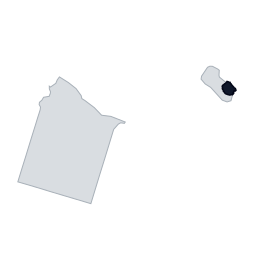 Malabo, Bioko Norte, Equatorial Guinea (highlighted), rotated 107°
{"feature_id": "11065452B197102371645", "entity_name": "Malabo", "entity_type": "district", "adm_level": 2, "iso_a3": "GNQ", "parent_name": "Equatorial Guinea", "parent_adm1": "Bioko Norte", "projection": "robinson", "projection_center": [8.719, 3.675], "detail": "fine", "context": "in_parent", "style": "filled", "palette": "ink", "viewbox_px": 256, "rotation_deg": 107, "n_neighbors": 0, "source": "geoboundaries", "source_scale": "gbopen_adm2", "svg_char_len": 2647}
<svg xmlns="http://www.w3.org/2000/svg" viewBox="0 0 256 256"><g transform="rotate(107 128 128)"><path d="M211.2,141.4L211.3,156.5L211.4,169.3L211.5,183.1L211.5,197.5L211.6,209.7L211.7,217.6L199.8,217.6L184.2,217.5L168.5,217.5L152.8,217.4L145.0,217.4L136.3,217.3L133.5,217.8L131.6,219.8L129.3,220.2L126.6,218.5L123.3,217.7L122.4,215.9L120.8,212.7L117.6,212.4L116.0,212.7L113.7,214.6L111.0,215.5L111.5,214.1L106.4,210.1L102.6,209.7L99.2,208.5L102.0,198.2L105.5,189.2L110.7,182.3L113.4,180.7L114.3,177.3L118.4,166.1L123.5,157.0L121.9,147.8L123.1,132.4L124.6,132.8L124.8,134.3L125.2,136.5L127.1,138.4L133.5,141.3L152.3,141.3L163.6,141.3L180.2,141.4L197.8,141.4L211.2,141.4ZM61.7,37.5L63.1,37.7L71.8,37.5L74.1,40.9L73.8,46.0L65.0,60.8L63.3,67.1L59.9,72.4L56.9,72.8L46.7,69.7L45.0,67.8L44.3,65.3L45.4,59.4L46.1,57.6L51.0,56.4L52.6,55.5L55.2,49.1L56.1,43.3L58.3,38.9L61.7,37.5Z" fill="#d9dde1" stroke="#a8b0b8" stroke-width="1"/><path d="M65.8,38.1L65.6,38.0L65.6,37.9L65.4,37.7L65.2,37.6L64.9,37.6L64.7,37.7L64.7,37.8L64.7,37.7L64.5,37.3L64.4,37.3L64.5,37.4L64.5,37.6L64.4,37.8L64.2,37.8L64.1,37.7L64.1,37.8L63.8,37.9L63.6,37.7L63.4,37.8L63.0,37.7L62.8,37.6L62.6,37.6L62.2,37.6L61.7,37.6L61.2,37.4L61.1,37.2L61.1,36.9L61.2,36.7L61.3,36.5L61.4,36.4L61.2,36.2L60.9,36.1L60.7,35.9L60.4,35.8L60.3,36.0L59.8,36.1L59.5,36.4L59.4,36.5L59.2,36.6L58.9,36.8L58.9,37.0L58.7,37.2L58.6,38.0L58.5,38.4L58.4,38.5L58.2,38.6L58.0,39.0L57.9,39.0L57.8,39.4L57.7,39.5L57.5,39.8L57.4,39.8L57.3,40.2L57.2,40.3L57.1,40.5L56.9,40.7L56.9,40.9L56.8,41.0L56.7,41.1L56.6,41.3L56.4,41.4L56.4,41.6L56.2,41.9L56.0,42.0L55.7,42.2L55.7,42.3L55.6,42.5L55.4,42.8L55.3,43.0L55.2,43.3L54.9,43.5L54.7,43.6L54.8,43.7L54.7,43.8L54.7,44.1L54.7,44.3L54.6,44.5L54.6,44.8L54.6,45.0L54.5,45.4L54.5,45.6L54.5,45.8L54.5,46.0L54.6,46.4L54.6,46.5L54.5,46.9L54.8,47.0L55.1,47.0L55.6,47.1L55.8,47.3L56.0,47.5L56.4,47.7L56.7,47.8L56.9,47.9L57.1,48.2L57.4,48.4L57.6,48.7L57.9,48.8L58.2,48.9L58.5,48.9L58.6,49.1L58.8,49.4L59.0,49.5L59.3,49.8L59.6,49.8L59.7,50.0L60.1,50.1L60.5,50.0L60.9,50.0L61.1,49.7L61.6,49.5L61.9,49.5L62.1,49.4L62.4,49.3L62.6,49.3L62.8,49.3L62.9,49.2L62.9,48.9L63.0,48.9L63.3,48.9L63.5,48.7L63.7,48.3L63.9,47.9L64.0,47.7L64.3,47.6L64.6,47.7L64.8,47.7L65.0,47.5L65.1,47.3L65.1,47.1L65.1,46.9L65.2,46.6L65.4,46.5L65.6,46.4L65.8,46.3L65.9,46.2L66.0,46.0L66.1,45.8L66.2,45.7L66.4,45.4L66.5,45.2L66.7,44.8L66.7,44.4L66.8,44.0L66.8,43.5L66.7,43.3L66.8,42.9L66.8,42.7L66.9,42.2L66.8,41.9L66.8,41.6L66.8,41.3L66.8,40.9L66.8,40.6L66.7,40.3L66.6,40.0L66.4,39.7L66.0,39.2L65.9,39.0L65.9,38.8L65.8,38.6L65.8,38.4L65.8,38.2L65.8,38.1Z" fill="#0f172a" stroke="#020617" stroke-width="1.5"/></g></svg>